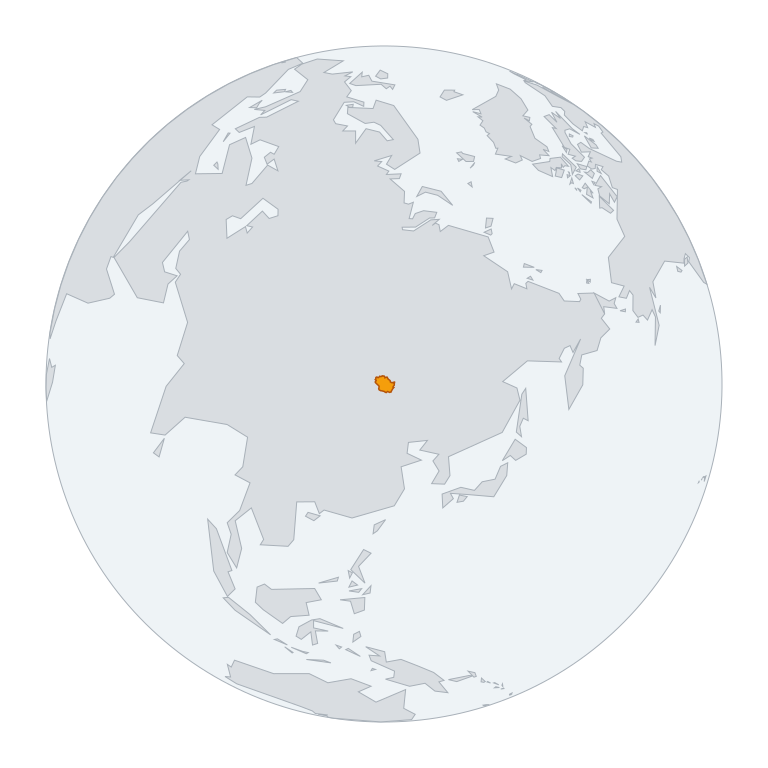 Dundgovi highlighted on a globe, orthographic projection, rotated 36°
{"feature_id": "MNG-3325", "entity_name": "Dundgovi", "entity_type": "Province", "adm_level": 1, "iso_a3": "MNG", "parent_name": "Mongolia", "parent_adm1": "", "projection": "orthographic", "projection_center": [106.117, 45.486], "detail": "fine", "context": "on_globe", "style": "filled", "palette": "amber", "viewbox_px": 768, "rotation_deg": 36, "n_neighbors": 0, "source": "natural_earth", "source_scale": "10m", "svg_char_len": 13731}
<svg xmlns="http://www.w3.org/2000/svg" viewBox="0 0 768 768"><g transform="rotate(36 384 384)"><circle cx="384" cy="384" r="338" fill="#eef3f6" stroke="#a8b0b8"/><path d="M585.0,112.4L586.5,113.5L582.9,113.9L558.6,105.9L556.8,102.2L551.2,101.4L553.1,106.3L555.7,109.9L538.8,119.6L541.4,143.2L553.4,154.6L542.0,149.7L572.1,174.8L580.7,193.6L564.2,170.2L557.2,166.3L559.6,177.4L553.0,176.0L550.3,180.8L542.2,178.3L533.2,165.7L527.7,164.1L529.7,172.2L522.8,175.4L520.7,163.6L508.5,168.3L491.1,149.7L492.0,123.1L475.6,113.7L458.5,89.4L453.3,90.9L443.5,83.7L433.8,82.9L433.4,79.4L426.0,82.0L428.2,85.5L425.7,88.0L420.2,88.1L418.7,83.3L421.2,82.5L417.9,81.2L419.6,78.9L415.6,80.1L414.5,74.8L407.4,80.4L399.7,76.4L401.2,72.8L411.7,72.8L441.2,67.1L445.9,64.8L442.0,60.9L412.2,53.4L413.0,51.5L406.2,49.2L400.9,49.9L404.2,52.1L392.6,53.6L398.1,56.9L394.2,58.3L395.6,62.6L383.9,62.5L371.8,60.4L370.0,57.2L364.7,56.4L357.0,60.4L344.8,56.2L321.1,57.2L319.2,56.5L332.3,52.2L355.8,49.1L372.8,46.5L350.1,49.1L345.8,48.5L340.2,49.1L333.6,50.1L330.7,50.9L326.8,51.2L343.0,48.6L350.6,47.7L351.6,47.6L344.9,48.4L356.0,47.3L361.2,46.8L385.0,46.1L408.8,47.0L432.5,49.6L455.9,53.8L479.0,59.7L501.5,67.2L523.6,76.2L544.9,86.8L565.4,98.9L585.0,112.4ZM700.4,274.7L697.9,270.4L698.5,269.1L700.4,274.7ZM696.9,270.6L697.7,271.4L697.2,271.3L696.9,270.6ZM696.9,272.3L696.9,271.1L697.2,273.0L696.9,272.3ZM697.2,275.4L696.9,273.5L697.1,273.9L697.2,275.4ZM696.6,278.5L696.4,279.1L695.9,276.9L696.6,278.5ZM557.9,111.9L553.8,106.7L554.6,103.1L558.8,107.5L557.9,111.9ZM555.5,120.2L551.7,116.9L558.4,117.0L558.5,118.9L555.5,120.2ZM563.4,163.5L561.3,157.7L565.6,164.0L563.4,163.5ZM551.4,182.0L554.1,184.2L551.5,185.8L551.4,182.0ZM401.9,62.4L398.8,62.5L400.2,61.6L401.9,62.4ZM405.4,64.4L409.2,63.4L411.4,64.2L409.0,64.8L405.4,64.4ZM536.8,183.7L531.9,186.0L535.3,181.4L536.8,183.7ZM400.2,65.5L414.9,65.9L418.7,67.4L412.9,71.2L400.2,65.5ZM528.0,185.9L516.3,192.3L521.3,197.6L500.5,186.9L517.4,184.6L520.8,177.9L522.9,183.6L528.0,185.9ZM431.3,86.6L428.7,82.9L436.0,86.0L431.3,86.6ZM436.6,88.1L462.5,95.4L463.6,101.5L454.7,97.5L460.3,105.8L448.0,105.1L442.3,100.4L444.0,96.5L438.0,99.3L436.6,88.1ZM490.9,180.3L486.8,180.3L489.4,178.0L490.9,180.3ZM425.3,89.2L430.4,90.0L431.7,95.2L421.7,94.7L424.5,93.1L425.3,89.2ZM467.7,108.6L466.9,112.7L456.8,113.2L455.1,114.9L447.8,105.6L467.7,108.6ZM421.4,92.0L416.5,94.5L410.9,92.2L420.3,88.9L421.4,92.0ZM436.3,96.8L436.5,99.4L433.1,97.8L436.3,96.8ZM388.1,86.6L394.3,86.8L395.5,89.5L388.1,86.6ZM415.1,95.5L417.1,96.3L418.2,97.5L414.0,98.7L415.1,95.5ZM441.2,106.8L437.2,106.3L443.7,110.6L436.4,111.5L432.8,105.3L431.3,108.3L429.0,108.6L428.7,103.3L441.2,106.8ZM413.2,103.7L406.2,96.8L394.5,95.4L393.1,92.9L412.1,95.6L413.2,103.7ZM422.3,103.9L416.3,103.1L417.6,100.1L422.5,98.8L422.3,103.9ZM432.7,114.5L444.8,114.7L445.2,116.1L432.7,114.5ZM409.5,103.8L411.3,105.5L408.6,104.0L409.5,103.8ZM425.3,111.7L429.5,111.5L429.8,113.1L425.3,111.7ZM411.3,109.3L409.1,107.0L412.3,105.9L411.3,109.3ZM417.5,110.9L416.9,113.1L414.8,106.9L419.4,110.5L417.5,110.9ZM424.9,113.2L426.4,114.1L423.0,113.1L424.9,113.2ZM400.3,115.1L396.9,107.6L404.1,105.0L406.4,112.6L400.3,115.1ZM121.5,171.2L129.8,172.2L121.7,185.7L117.2,218.2L114.8,224.9L104.6,232.1L92.5,275.4L101.4,274.7L101.2,308.3L107.9,324.8L129.3,308.8L118.4,281.2L127.1,265.9L144.4,278.9L155.6,304.4L159.3,299.4L161.2,275.3L172.9,273.9L162.9,266.6L160.2,274.9L153.9,270.9L156.0,263.2L160.1,262.7L159.3,253.8L140.2,259.3L135.4,268.3L127.8,251.8L119.0,265.6L113.7,264.9L126.5,241.5L132.2,237.1L148.5,205.6L141.8,208.5L126.0,238.8L126.8,232.7L117.7,238.1L125.3,229.3L144.3,196.7L143.5,182.6L126.6,181.9L129.5,173.5L139.0,160.3L161.1,146.5L152.3,167.3L160.0,163.7L175.3,149.8L171.3,157.7L176.5,154.9L174.5,162.8L185.1,165.9L185.1,173.6L202.1,167.8L204.4,171.3L193.7,173.4L186.2,179.5L187.8,200.0L191.9,201.8L202.8,196.7L201.9,203.5L212.3,196.0L219.5,205.9L219.4,188.0L232.3,182.8L243.6,185.4L247.9,180.8L229.3,176.7L222.0,178.1L215.6,184.3L195.5,186.8L192.2,181.5L213.2,167.6L210.8,159.0L228.2,153.0L267.6,166.1L277.4,176.0L266.5,204.1L256.8,204.7L255.9,194.6L244.9,209.2L251.4,205.4L250.7,211.4L262.8,208.9L262.8,213.1L274.3,203.9L275.7,208.8L268.4,214.5L287.4,216.1L293.8,225.7L298.1,224.1L300.9,219.7L307.1,235.4L310.0,233.6L309.1,227.7L314.2,220.5L325.8,214.1L327.3,219.9L323.3,222.9L317.3,238.5L306.5,246.5L308.3,248.3L318.0,242.8L325.4,223.7L331.9,218.3L329.8,227.4L331.1,223.6L334.8,222.8L339.9,227.6L342.9,217.8L381.8,203.8L395.5,212.6L389.3,221.6L418.0,220.5L431.3,232.1L430.4,226.3L443.6,223.0L439.6,219.2L440.2,216.3L472.3,207.8L481.0,210.9L493.8,202.4L493.4,199.7L487.7,196.8L500.5,186.9L521.3,197.6L521.2,203.1L534.3,206.8L532.3,219.2L536.7,231.7L526.9,244.2L531.3,253.7L535.9,254.1L545.3,267.8L548.5,295.9L525.4,271.1L516.6,232.0L518.4,247.4L511.9,243.6L508.9,249.1L510.7,260.4L514.7,261.8L486.4,281.0L478.6,312.3L493.9,309.1L503.5,317.2L508.1,353.7L478.9,404.9L491.2,419.3L491.9,429.4L481.1,436.6L479.7,422.0L468.8,417.5L469.7,408.6L451.8,416.4L452.3,404.1L438.1,416.9L443.4,426.5L459.0,423.6L446.5,440.9L462.2,456.8L463.9,476.5L436.9,511.2L409.6,521.2L407.9,526.9L397.2,520.0L382.7,530.7L402.5,563.0L401.8,571.7L378.4,586.8L378.0,580.5L349.5,562.2L344.0,582.1L365.5,600.7L372.9,619.4L356.2,612.5L348.7,595.4L338.7,588.4L341.6,571.2L333.7,542.7L316.9,545.1L318.4,534.0L304.9,507.2L280.9,509.0L242.6,527.8L236.9,554.0L223.9,560.7L209.1,513.9L210.4,484.9L200.0,482.5L188.9,449.6L155.3,424.3L154.9,414.8L147.6,412.9L140.5,396.7L141.7,381.5L135.4,375.8L133.3,415.9L140.6,422.2L153.0,418.1L150.5,430.1L157.9,448.0L133.7,459.2L91.2,440.3L94.5,418.7L101.2,340.1L105.3,335.7L105.6,334.9L106.1,333.5L99.0,339.3L102.7,324.8L91.0,374.4L85.8,391.6L90.5,440.7L88.2,441.4L91.9,454.1L113.2,469.8L111.7,475.8L97.0,492.6L74.2,497.5L81.6,525.9L87.3,543.8L83.7,538.9L73.3,516.8L64.5,494.0L57.4,470.6L52.0,446.8L48.3,422.6L46.4,398.3L46.2,373.8L47.9,349.5L51.2,325.2L56.3,301.3L63.2,277.9L71.7,255.0L81.8,232.7L93.6,211.3L106.8,190.7L121.5,171.2ZM115.3,181.2L112.3,184.5L115.3,181.2ZM159.6,343.7L171.3,358.4L179.4,338.1L184.6,342.3L185.4,334.2L179.9,336.6L184.0,315.6L193.8,317.6L199.3,310.2L195.6,304.9L176.9,304.9L170.9,334.5L162.5,337.0L159.6,343.7ZM344.6,48.7L342.8,48.9L336.1,49.8L339.1,49.3L344.6,48.7ZM307.1,56.6L301.6,57.1L307.6,56.0L310.8,54.9L327.4,51.8L319.1,56.0L319.9,54.4L307.1,56.6ZM347.3,49.8L337.7,50.7L348.6,49.6L347.3,49.8ZM207.1,134.3L202.0,139.1L196.3,139.9L196.4,132.3L204.7,130.8L207.1,134.3ZM196.2,146.1L217.0,135.6L217.8,140.6L213.8,139.5L212.3,143.8L205.5,143.2L185.9,159.1L179.6,161.0L183.1,144.5L185.4,148.6L190.2,143.2L196.2,146.1ZM268.8,106.4L277.8,103.7L267.8,117.8L260.6,118.8L260.1,110.7L268.5,104.7L268.8,106.4ZM387.0,72.8L391.1,72.1L391.5,73.3L388.4,74.8L387.0,72.8ZM390.9,86.5L369.5,77.6L373.1,76.1L356.3,73.5L359.3,69.0L370.1,70.6L359.8,65.7L370.7,65.4L362.6,62.6L386.4,66.8L395.8,66.9L384.2,68.4L381.2,72.4L382.7,74.2L394.1,79.7L412.9,82.7L413.0,87.8L408.0,90.7L403.5,90.7L404.9,87.2L397.9,89.9L396.4,84.9L390.9,86.5ZM349.8,130.7L353.3,125.0L339.0,132.5L337.5,126.3L335.9,127.6L330.6,124.1L321.4,122.4L322.2,119.4L318.3,120.0L314.7,118.0L309.5,118.1L309.3,112.9L303.0,112.6L306.5,110.4L295.7,111.5L303.6,108.4L299.7,106.0L294.1,110.2L305.4,85.6L304.0,78.8L298.5,75.1L312.8,71.3L327.2,72.7L339.4,77.8L338.7,85.4L345.3,82.6L346.9,85.6L341.0,86.5L351.0,87.0L350.8,89.8L361.7,96.5L376.4,96.3L380.7,99.0L374.8,100.6L383.3,102.3L375.2,107.2L378.1,109.5L373.0,116.9L360.0,119.1L364.2,121.5L360.6,127.8L349.8,130.7ZM398.5,117.1L383.3,120.4L375.0,118.8L387.3,106.6L385.8,103.9L393.4,96.8L405.3,99.4L402.0,101.1L401.6,103.4L398.0,101.6L400.6,104.8L396.1,107.5L396.9,110.8L391.8,110.8L398.5,117.1ZM118.7,226.0L118.1,230.2L118.6,235.4L112.8,239.3L118.7,226.0ZM131.2,203.5L131.6,206.1L123.7,213.4L124.4,209.4L131.2,203.5ZM138.6,201.8L132.3,205.7L136.1,201.2L138.6,201.8ZM194.7,175.8L196.0,178.6L193.5,180.4L189.7,180.7L194.7,175.8ZM306.9,154.3L310.2,150.7L312.2,151.2L323.6,146.7L325.6,151.3L319.6,155.8L306.9,154.3ZM123.6,307.8L117.7,307.1L118.4,302.6L120.3,303.7L123.6,307.8ZM112.0,271.6L111.5,282.5L110.4,272.5L112.0,271.6ZM311.0,158.6L315.4,156.1L313.7,160.0L311.0,158.6ZM327.7,154.5L326.8,158.8L327.2,151.3L327.7,154.5ZM112.4,585.1L105.3,574.8L98.4,560.0L105.4,565.8L107.1,562.0L114.8,577.4L121.3,596.4L114.3,587.6L112.4,585.1ZM458.1,655.0L468.2,654.6L467.8,655.6L458.1,655.0ZM447.6,652.8L459.2,651.9L445.5,655.1L447.6,652.8ZM463.7,651.5L475.5,648.1L480.6,645.8L479.7,647.9L463.7,651.5ZM439.7,653.6L396.6,654.6L379.6,651.5L383.6,648.0L411.2,649.3L439.7,653.6ZM382.2,647.9L356.2,635.4L320.8,597.0L333.5,599.6L370.6,624.3L368.2,627.6L384.0,637.3L382.2,647.9ZM445.2,627.0L442.7,637.3L419.0,637.6L408.2,636.2L400.7,622.9L404.9,616.1L413.7,616.3L448.1,590.2L460.1,595.4L449.5,606.6L459.3,615.1L445.2,627.0ZM238.2,557.0L244.9,575.2L237.9,575.2L238.2,557.0ZM462.0,570.9L448.1,583.5L460.7,567.1L462.0,570.9ZM469.4,555.3L470.3,561.2L464.7,556.0L469.4,555.3ZM407.6,535.8L398.2,537.1L398.0,532.5L409.8,528.2L407.6,535.8ZM465.0,492.8L464.9,506.7L463.2,511.6L458.9,503.7L465.0,492.8ZM334.6,199.1L316.5,199.8L304.8,204.4L300.3,213.0L298.9,201.7L316.9,194.5L334.6,199.1ZM375.8,202.4L379.6,195.6L383.1,198.8L382.8,200.8L375.8,202.4ZM374.4,198.1L369.4,189.5L374.9,185.9L377.8,193.4L374.4,198.1ZM339.5,172.8L334.0,172.5L335.6,169.2L339.5,172.8ZM540.0,683.8L534.9,686.3L532.2,686.3L524.9,689.9L533.1,684.8L522.1,690.9L518.3,690.6L506.7,693.7L441.1,713.1L427.3,714.1L432.1,711.2L422.1,702.9L426.8,702.8L425.4,695.3L465.0,683.2L493.7,662.3L514.2,658.7L530.6,641.8L551.2,636.1L544.2,648.1L564.5,646.1L581.1,618.5L590.6,634.8L603.4,632.9L603.6,639.3L580.0,659.3L540.0,683.8ZM652.9,585.6L655.1,583.4L657.7,581.5L654.2,585.6L652.9,585.6ZM668.5,560.9L669.4,560.6L668.3,562.2L668.5,560.9ZM667.7,561.6L669.5,558.0L668.9,560.2L667.7,561.6ZM657.8,562.2L659.5,559.6L660.1,559.9L657.8,562.2ZM483.1,652.5L497.4,643.0L505.0,640.8L483.1,652.5ZM655.8,561.7L651.9,564.9L652.4,563.2L655.8,561.7ZM656.4,558.4L656.1,556.9L658.2,559.1L656.4,558.4ZM649.0,560.5L653.7,559.9L648.4,561.4L649.0,560.5ZM646.0,563.3L642.5,564.5L642.7,563.7L646.0,563.3ZM603.5,592.7L617.1,596.2L605.7,602.5L593.1,602.0L582.4,613.5L558.7,621.9L564.3,615.6L561.3,610.1L536.3,615.4L531.3,612.2L540.3,606.6L523.6,607.3L541.9,600.2L549.3,607.6L559.6,596.8L577.1,592.2L593.7,588.2L606.8,588.5L603.5,592.7ZM541.7,620.9L544.9,619.9L542.0,623.5L541.7,620.9ZM635.7,564.6L640.8,565.2L640.1,566.7L637.6,567.9L635.7,564.6ZM609.9,585.3L624.1,569.9L627.3,568.1L617.8,582.0L609.9,585.3ZM620.8,566.9L627.2,564.1L630.5,566.3L629.1,568.3L620.8,566.9ZM504.3,621.7L503.5,624.5L498.7,623.4L504.3,621.7ZM510.5,618.9L525.0,618.3L509.2,621.4L510.5,618.9ZM466.1,616.8L470.4,622.7L484.1,616.7L473.6,624.1L482.8,632.9L479.6,637.2L470.5,627.5L467.2,639.2L461.1,639.7L457.9,630.4L464.1,617.5L470.1,611.5L494.7,605.7L466.1,616.8ZM510.5,611.1L506.6,604.3L509.5,598.6L513.7,601.8L510.5,611.1ZM495.0,587.3L484.6,579.4L475.3,584.4L494.0,568.0L501.0,578.4L495.0,587.3ZM486.0,567.4L477.3,572.0L486.2,562.7L486.0,567.4ZM475.0,569.0L473.9,562.1L480.8,562.2L475.0,569.0ZM490.6,567.0L492.0,554.8L495.6,561.3L490.6,567.0ZM470.6,546.5L485.7,556.3L466.2,553.7L464.8,529.9L473.0,528.5L470.6,546.5ZM512.6,436.8L510.3,429.5L517.5,426.2L517.1,432.2L512.6,436.8ZM539.1,410.7L518.7,423.0L502.0,433.4L507.5,436.0L504.4,449.7L495.7,438.9L506.9,422.4L519.7,416.9L520.9,405.4L529.8,395.7L526.7,382.1L530.4,375.0L537.1,385.9L539.1,410.7ZM524.8,376.5L522.6,351.6L536.6,351.7L540.3,357.2L535.4,368.4L528.2,367.6L524.8,376.5ZM526.2,345.8L519.3,345.1L501.5,311.2L501.2,304.2L522.2,329.0L516.8,329.8L518.7,338.4L526.2,345.8ZM488.5,183.2L486.9,180.5L490.6,182.2L488.5,183.2ZM437.7,214.3L439.2,210.7L443.4,212.4L437.7,214.3ZM445.4,201.7L439.6,202.2L445.1,199.2L445.4,201.7ZM426.7,204.1L437.0,201.3L428.1,207.5L426.7,204.1Z" fill="#d9dde1" stroke="#a8b0b8" stroke-width="1"/><path d="M388.0,378.6L388.3,378.5L389.0,378.5L389.3,378.4L389.7,378.2L389.8,378.2L390.0,377.8L390.1,377.7L390.3,377.6L390.7,377.6L390.8,377.6L390.9,377.4L391.0,377.2L391.0,376.9L391.0,376.6L391.0,376.4L391.4,376.3L391.5,376.6L391.7,376.8L391.8,376.8L392.0,376.9L392.3,376.9L392.5,376.9L392.4,376.9L392.1,377.3L391.9,377.5L392.0,377.7L392.7,378.4L392.8,378.6L393.0,378.9L393.0,379.1L393.0,379.6L392.9,380.4L392.9,380.6L393.0,380.8L393.1,381.0L393.3,381.4L394.0,381.2L393.9,381.9L393.9,382.5L393.9,383.0L394.0,384.2L394.3,386.1L394.4,386.4L394.4,386.5L394.2,386.6L393.9,386.8L393.7,387.0L393.6,387.4L393.2,387.6L391.7,387.8L391.4,387.9L391.2,388.0L391.1,388.3L391.0,389.2L391.0,389.4L390.9,389.5L390.7,389.7L390.0,389.9L389.6,390.0L389.2,389.8L388.9,389.8L386.5,390.7L386.2,390.8L385.8,391.1L385.5,391.3L385.3,391.3L384.9,391.4L383.6,391.6L383.2,391.4L382.8,391.2L382.5,391.0L382.4,390.8L382.4,390.7L382.4,390.4L382.2,390.1L381.9,389.7L381.4,388.7L381.1,388.6L379.9,388.4L378.2,388.2L376.3,387.9L376.0,387.8L375.9,387.7L375.6,387.2L375.7,386.9L375.7,386.7L375.7,386.4L375.7,386.1L375.7,385.9L375.6,385.7L374.3,385.6L374.3,385.2L374.4,384.8L374.4,384.6L374.0,384.2L373.8,383.9L373.7,383.8L373.7,383.6L373.7,383.4L373.7,383.1L373.9,382.8L374.1,382.6L374.3,382.5L374.6,382.4L375.5,382.4L375.7,382.0L375.8,381.6L376.0,380.8L376.0,380.7L376.0,380.3L376.0,380.2L376.3,380.1L376.8,380.0L377.1,379.9L377.2,379.7L377.3,379.6L377.5,379.3L377.6,379.2L377.6,378.9L377.6,378.7L377.9,378.4L378.0,378.6L378.6,378.2L378.8,378.0L379.0,377.9L379.3,377.5L379.7,377.6L380.1,377.7L380.4,377.8L380.6,378.0L380.9,378.2L381.1,378.4L381.4,377.8L381.7,377.4L381.8,377.3L382.2,376.8L382.3,376.7L382.6,376.6L382.8,376.7L383.2,377.0L383.4,377.1L383.5,377.2L384.0,377.3L384.1,377.5L385.0,377.6L385.7,377.6L386.1,377.6L386.4,377.6L386.8,377.7L387.2,377.8L387.3,378.0L387.6,378.2L387.8,378.4L388.0,378.6Z" fill="#f59e0b" stroke="#b45309" stroke-width="1.5"/></g></svg>